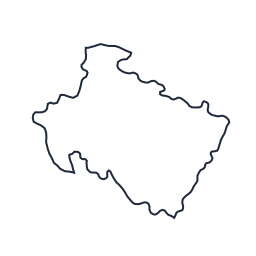 Nyasvizh, Minsk, Belarus (Mercator projection), rotated 19°
{"feature_id": "67162791B10653728732828", "entity_name": "Nyasvizh", "entity_type": "district", "adm_level": 2, "iso_a3": "BLR", "parent_name": "Belarus", "parent_adm1": "Minsk", "projection": "mercator", "projection_center": [26.624, 53.238], "detail": "fine", "context": "isolated", "style": "outline", "palette": "slate", "viewbox_px": 256, "rotation_deg": 19, "n_neighbors": 0, "source": "geoboundaries", "source_scale": "gbopen_adm2", "svg_char_len": 3017}
<svg xmlns="http://www.w3.org/2000/svg" viewBox="0 0 256 256"><g transform="rotate(19 128 128)"><path d="M62.0,65.9L63.2,70.0L64.6,72.6L65.7,76.7L64.7,81.1L63.5,83.4L64.2,85.5L66.4,87.2L70.4,87.6L71.7,88.8L71.9,91.4L71.7,93.3L69.8,95.4L68.9,98.0L69.6,103.9L69.9,108.7L69.6,113.8L66.4,117.3L62.9,117.6L56.7,117.6L53.5,118.7L53.2,123.8L52.7,127.3L49.7,129.2L46.5,129.2L44.3,131.3L45.2,136.4L44.1,139.1L41.7,141.0L39.8,141.8L35.2,143.4L34.1,146.1L34.7,149.6L36.8,152.8L40.3,153.4L45.2,153.9L49.2,155.3L52.1,159.0L53.8,163.1L55.1,167.9L58.9,173.8L61.8,177.6L65.6,181.1L69.4,185.1L73.9,186.7L76.9,188.6L82.5,189.4L87.1,188.3L91.1,187.8L91.6,187.8L88.8,183.8L87.1,181.1L85.0,178.8L83.2,176.4L82.3,175.1L81.2,172.4L81.8,172.0L83.6,170.7L84.1,169.8L85.1,167.8L88.6,166.9L90.8,167.7L91.7,169.1L91.8,170.0L92.8,171.5L94.5,172.2L95.7,172.1L97.1,171.5L97.9,171.4L99.8,172.5L100.1,174.5L100.8,175.9L101.6,177.8L103.0,180.3L106.7,182.0L108.1,181.9L110.1,181.3L112.5,180.6L114.8,181.3L116.4,183.3L118.7,184.6L121.8,184.3L123.5,182.8L124.3,180.9L123.6,178.9L122.7,176.4L123.6,174.4L125.6,174.9L127.2,176.7L130.4,179.7L133.1,181.9L134.7,183.1L138.2,184.6L142.4,187.0L146.5,190.1L149.7,193.0L156.2,196.8L158.7,197.6L161.1,197.1L162.8,196.5L164.4,195.5L165.8,194.3L168.3,192.7L170.6,192.4L172.2,193.2L173.8,195.1L174.9,198.2L177.1,200.7L180.4,201.4L182.4,200.7L184.1,198.5L185.2,196.0L187.4,194.1L189.9,194.2L192.1,195.8L193.6,196.7L195.3,197.0L197.6,197.1L199.5,197.4L200.8,198.0L201.2,196.1L201.4,192.6L202.2,191.0L204.2,189.5L206.1,188.0L206.2,186.5L205.5,183.6L204.3,182.2L203.5,180.6L203.0,177.5L203.8,175.4L204.9,173.2L206.9,170.3L208.2,168.0L208.8,165.3L209.0,162.6L209.8,159.4L210.5,157.3L210.8,155.0L210.0,153.0L209.2,150.4L209.6,146.9L210.4,144.0L211.8,142.9L212.9,141.4L213.4,139.3L212.9,137.5L213.4,135.9L214.9,134.9L216.4,133.9L217.6,131.6L217.8,129.4L217.0,128.2L215.8,126.9L214.7,125.7L214.4,124.0L215.3,122.7L216.8,122.2L217.9,121.6L219.8,120.3L220.1,118.3L219.8,108.8L220.4,104.5L221.0,101.7L221.0,99.2L220.8,94.3L221.5,91.6L221.9,89.7L220.8,88.0L219.7,87.1L219.1,86.7L216.5,85.7L213.7,85.6L211.8,86.3L210.2,87.3L208.1,87.9L204.3,88.2L202.2,88.2L198.9,87.0L197.7,85.6L197.3,84.2L197.0,82.1L196.4,79.8L195.5,78.7L194.0,78.1L191.5,77.9L190.9,78.3L190.3,79.6L190.4,81.7L190.3,83.7L188.8,85.2L186.2,86.2L184.3,86.9L181.5,87.6L178.8,87.1L176.5,85.4L174.1,84.5L171.4,83.4L167.5,82.5L165.0,83.2L164.2,84.3L162.3,85.9L161.1,86.4L159.1,86.2L157.1,85.3L154.3,85.3L152.8,85.4L149.9,86.1L147.4,85.6L146.6,83.5L148.6,81.9L150.0,80.7L150.1,79.3L148.2,77.2L146.7,76.4L144.7,76.3L142.6,76.5L138.9,75.0L137.3,74.9L134.9,75.9L133.5,77.3L131.6,78.8L128.8,79.4L126.3,79.5L124.5,79.3L121.6,77.7L120.9,76.3L119.4,74.4L117.2,73.9L114.8,73.9L112.9,75.2L111.0,76.1L108.2,76.5L105.3,76.5L101.2,75.6L99.0,74.4L97.7,72.7L97.0,68.9L98.8,66.5L100.6,65.0L102.6,64.1L104.5,63.3L105.3,61.4L106.7,58.7L106.5,55.8L101.1,55.5L93.6,54.6L89.4,54.6L82.6,56.8L74.7,57.6L69.2,61.8L64.1,65.2L62.0,65.9Z" fill="none" stroke="#1e293b" stroke-width="2"/></g></svg>